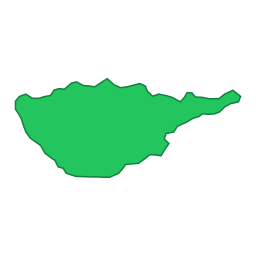 Francisco Morato, São Paulo, Brazil (Natural Earth projection)
{"feature_id": "56859067B7096478709606", "entity_name": "Francisco Morato", "entity_type": "district", "adm_level": 2, "iso_a3": "BRA", "parent_name": "Brazil", "parent_adm1": "São Paulo", "projection": "natural_earth1", "projection_center": [-46.713, -23.275], "detail": "fine", "context": "isolated", "style": "filled", "palette": "green", "viewbox_px": 256, "rotation_deg": 0, "n_neighbors": 0, "source": "geoboundaries", "source_scale": "gbopen_adm2", "svg_char_len": 1093}
<svg xmlns="http://www.w3.org/2000/svg" viewBox="0 0 256 256"><path d="M139.8,83.5L131.6,85.7L127.2,86.8L120.5,87.7L114.2,84.9L107.2,78.7L100.9,82.6L94.8,86.8L88.5,85.9L83.3,85.5L76.5,81.9L71.4,83.1L64.4,89.2L59.1,88.6L54.1,90.1L50.4,95.5L44.1,96.7L38.5,98.4L32.3,98.2L25.7,94.1L19.5,96.4L15.4,101.3L15.5,109.3L18.9,114.3L21.6,119.5L23.4,125.5L26.0,132.2L30.2,138.0L35.0,141.5L40.5,145.4L45.1,153.3L51.1,157.9L55.0,160.4L58.1,166.8L63.2,168.3L66.1,173.2L75.8,176.4L85.4,176.7L91.2,176.9L95.8,176.9L102.7,177.2L109.6,177.3L118.5,173.4L122.2,169.2L125.8,164.4L131.7,163.9L138.4,163.4L144.9,158.7L149.8,154.7L156.3,155.0L160.9,155.8L164.4,150.2L168.9,143.5L164.3,139.1L166.0,133.6L173.9,131.9L177.3,126.4L181.4,124.4L186.2,122.4L193.0,118.3L198.8,116.6L202.7,113.7L208.2,114.3L214.5,113.9L219.5,112.0L224.7,106.9L230.7,103.6L238.5,101.9L240.6,96.4L232.9,90.3L224.6,94.1L219.1,98.6L209.9,98.8L201.7,97.3L195.4,97.0L192.0,92.9L187.1,92.6L184.3,97.5L180.2,101.9L172.5,97.5L166.9,95.8L158.7,94.1L152.7,96.2L147.5,91.4L145.3,86.0L139.8,83.5Z" fill="#22c55e" stroke="#15803d" stroke-width="1.5"/></svg>